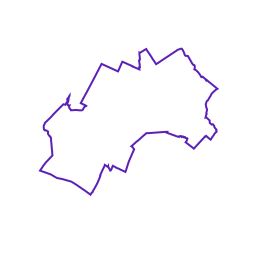 Piatra-Olt, Olt, Romania (orthographic projection), rotated 137°
{"feature_id": "2599482B68816906469751", "entity_name": "Piatra-Olt", "entity_type": "district", "adm_level": 2, "iso_a3": "ROU", "parent_name": "Romania", "parent_adm1": "Olt", "projection": "orthographic", "projection_center": [24.264, 44.37], "detail": "fine", "context": "isolated", "style": "outline", "palette": "violet", "viewbox_px": 256, "rotation_deg": 137, "n_neighbors": 0, "source": "geoboundaries", "source_scale": "gbopen_adm2", "svg_char_len": 5443}
<svg xmlns="http://www.w3.org/2000/svg" viewBox="0 0 256 256"><g transform="rotate(137 128 128)"><path d="M103.6,192.9L108.5,191.2L113.8,189.3L118.6,187.6L133.9,182.3L145.6,178.4L145.5,178.0L145.0,176.9L143.8,173.8L143.6,173.4L143.6,173.1L143.5,172.6L143.9,172.6L144.4,172.9L145.4,173.2L145.9,173.1L146.8,172.8L147.5,172.6L148.2,172.3L148.5,172.2L149.0,172.2L149.4,172.3L149.8,172.5L150.2,172.8L151.8,174.4L152.4,175.2L153.3,176.1L154.1,176.9L154.2,177.2L154.7,177.4L155.4,178.0L156.3,178.7L157.3,179.6L157.7,179.9L157.7,180.0L157.5,180.3L157.4,180.4L157.3,180.6L157.4,181.4L157.3,181.8L157.2,182.8L157.0,183.2L156.3,183.9L156.0,184.2L155.7,184.3L155.4,184.4L156.4,185.2L156.4,185.4L156.4,185.7L156.1,186.2L155.7,187.4L155.5,187.6L154.4,187.9L153.8,188.1L153.0,188.7L152.6,189.0L152.2,189.2L152.0,189.6L151.8,189.7L151.8,189.9L151.7,190.1L151.6,190.3L151.0,190.4L150.7,190.5L150.4,190.8L149.8,191.1L148.8,191.4L148.7,191.5L149.5,191.3L150.7,190.8L151.2,190.7L151.9,190.9L152.2,190.8L153.0,190.4L153.1,190.1L153.4,189.5L153.7,189.2L154.2,188.8L155.4,188.5L156.4,188.3L156.6,188.0L156.9,187.9L157.6,187.9L158.0,187.7L158.3,188.3L158.7,188.8L158.9,189.3L160.1,189.4L173.5,188.9L174.1,188.8L174.2,188.7L177.7,188.5L183.4,188.4L184.9,188.4L185.4,188.4L186.6,187.6L187.8,187.3L188.1,187.1L188.7,186.5L189.5,185.6L189.8,185.2L190.1,184.7L190.5,184.0L190.4,183.6L190.1,183.2L190.3,182.9L189.4,181.7L189.2,181.3L189.1,180.3L188.9,179.9L188.9,179.7L189.8,179.1L190.3,178.6L190.5,178.2L190.9,176.3L190.8,175.8L190.7,175.4L191.0,175.0L190.9,174.7L190.8,174.4L190.9,173.8L191.0,173.5L191.7,172.5L192.7,171.4L194.3,169.3L194.4,169.2L195.7,167.5L197.7,165.0L198.6,163.7L201.5,160.1L201.8,159.6L202.0,159.6L202.2,159.4L206.2,159.2L211.8,158.8L215.4,158.2L221.4,156.8L216.2,146.9L214.1,139.9L211.0,135.7L206.0,127.4L204.4,121.5L203.1,115.4L202.2,111.6L200.9,104.8L198.6,105.5L198.0,105.3L197.9,105.2L197.0,105.6L196.3,105.8L196.1,105.9L195.9,106.1L194.9,106.3L193.9,106.6L193.1,106.9L190.5,107.7L189.1,108.2L188.8,108.4L188.4,108.5L187.1,108.9L186.1,109.4L185.8,109.6L184.4,110.1L181.0,111.8L180.6,112.0L180.6,112.4L180.0,112.7L177.5,113.7L176.9,113.9L175.7,114.5L170.9,116.3L170.1,116.8L169.9,116.1L169.8,115.4L169.5,114.4L169.5,113.9L169.5,113.7L169.3,113.4L169.1,113.4L168.5,113.6L169.0,112.9L169.2,112.1L170.0,108.9L169.5,108.8L168.8,108.9L168.1,109.2L167.3,109.6L164.9,110.7L164.6,109.7L164.2,108.9L163.9,108.0L163.9,107.4L163.4,106.4L163.0,105.5L162.8,105.0L162.3,104.1L161.9,102.7L160.3,98.9L159.9,97.7L159.0,98.0L157.8,98.7L155.2,100.2L150.5,102.8L149.4,103.3L145.8,104.9L139.1,107.8L138.2,108.1L138.0,108.3L138.0,109.2L137.9,109.7L137.7,110.4L137.7,110.6L137.8,111.4L137.9,112.0L138.0,112.3L132.0,112.2L131.8,112.2L130.4,112.1L130.2,112.0L129.3,112.0L126.5,111.9L123.4,111.9L119.5,111.7L118.1,111.7L116.3,110.1L104.2,100.4L101.9,98.4L102.8,98.0L101.5,95.5L99.4,91.3L98.9,90.5L98.2,88.9L97.6,88.0L97.2,87.4L96.7,86.6L95.9,86.9L95.7,86.7L95.5,86.4L95.4,86.4L94.7,85.9L94.5,85.6L94.3,85.0L94.8,85.3L94.8,85.1L94.5,85.0L94.1,84.8L94.0,84.7L94.9,85.0L94.9,84.8L94.9,84.7L94.2,84.5L93.6,84.3L93.6,84.2L93.7,83.6L93.7,83.4L93.6,83.2L93.4,83.0L92.8,82.8L92.6,82.7L92.5,82.4L92.7,81.8L92.8,81.5L92.7,81.4L92.3,80.8L92.0,80.5L91.7,80.1L91.7,79.9L91.9,79.8L92.0,79.7L92.2,79.4L92.4,79.3L92.6,79.2L93.3,78.9L94.1,78.5L95.6,78.3L93.9,68.3L93.9,68.0L87.2,68.5L85.0,68.7L83.2,68.8L82.6,68.9L80.3,69.0L78.4,69.2L77.3,69.3L77.2,68.8L76.2,68.8L75.9,65.4L75.5,63.1L72.4,63.9L70.8,64.2L68.5,64.8L68.1,64.9L65.7,64.9L65.5,65.5L65.3,66.0L65.1,66.1L64.6,66.2L64.5,66.3L64.4,67.5L64.4,68.1L64.2,69.7L64.1,70.0L63.7,70.7L63.5,70.8L63.4,72.9L63.6,73.1L64.0,73.2L64.4,73.4L64.4,73.8L64.7,75.2L64.7,75.7L64.7,76.0L64.4,76.3L64.1,76.7L63.7,77.2L63.4,77.5L63.2,78.1L63.2,78.6L63.3,79.5L63.3,80.2L63.4,80.6L63.4,81.2L63.6,81.7L63.7,82.1L63.5,82.3L63.5,82.7L63.5,82.8L63.9,82.9L62.0,84.2L61.7,84.3L61.4,84.3L60.7,84.9L60.7,85.3L60.6,85.5L59.1,86.5L58.3,87.0L57.7,87.5L57.2,88.3L57.0,88.8L56.9,89.3L56.7,89.6L56.4,90.1L56.2,90.5L55.5,91.4L55.2,92.1L54.9,92.4L54.1,92.7L52.8,93.6L52.6,93.7L52.0,93.9L50.8,93.8L50.1,93.9L49.5,94.1L48.1,94.6L47.6,94.7L46.9,94.9L46.3,95.0L45.7,95.2L44.9,95.5L44.1,95.8L42.8,96.1L39.2,96.1L37.7,96.0L36.9,96.0L35.9,95.7L36.0,96.3L36.2,98.3L37.4,106.7L37.8,110.3L38.0,110.8L38.2,110.6L38.1,111.3L38.1,111.6L38.2,112.8L38.3,113.1L38.3,113.5L38.4,114.3L38.5,114.7L39.4,114.8L39.5,114.9L39.6,115.5L39.5,116.1L39.2,116.9L39.1,117.4L39.0,118.5L38.7,120.5L38.7,121.2L38.7,121.8L38.8,122.4L38.7,123.2L38.8,123.6L38.9,124.2L39.0,124.6L39.4,125.4L39.5,125.6L38.4,126.3L37.8,126.8L37.6,127.0L37.1,127.6L36.8,128.2L36.6,128.7L36.9,129.2L37.1,129.4L37.2,130.0L37.1,130.9L37.0,132.0L36.9,132.1L35.1,139.8L36.7,141.6L36.7,142.4L36.6,142.6L36.5,143.2L36.2,143.9L35.8,144.5L35.5,145.4L35.2,146.3L35.0,146.8L34.7,148.4L34.6,148.8L34.6,149.1L34.8,149.6L35.0,149.8L36.4,150.4L36.6,150.5L37.1,150.7L37.8,151.1L38.1,151.2L57.3,154.4L61.9,155.1L62.0,155.2L63.9,155.5L63.0,160.8L62.8,162.3L62.4,164.1L62.3,164.8L62.2,165.3L62.1,165.9L62.0,166.5L61.9,167.0L61.8,167.7L61.7,168.1L61.7,168.5L61.5,169.9L61.3,170.8L61.0,172.9L60.8,173.3L61.7,173.6L68.2,174.9L68.3,175.3L69.7,173.7L71.9,170.8L72.4,170.1L72.6,169.9L73.0,169.9L73.5,169.8L73.8,169.9L75.8,167.1L76.4,166.2L77.9,164.3L78.1,164.4L78.5,164.7L79.7,163.1L82.8,170.1L82.6,170.2L84.9,175.6L86.9,180.3L87.7,180.0L88.5,179.7L92.0,178.2L95.4,176.7L96.7,176.2L103.6,192.9Z" fill="none" stroke="#5b21b6" stroke-width="2"/></g></svg>